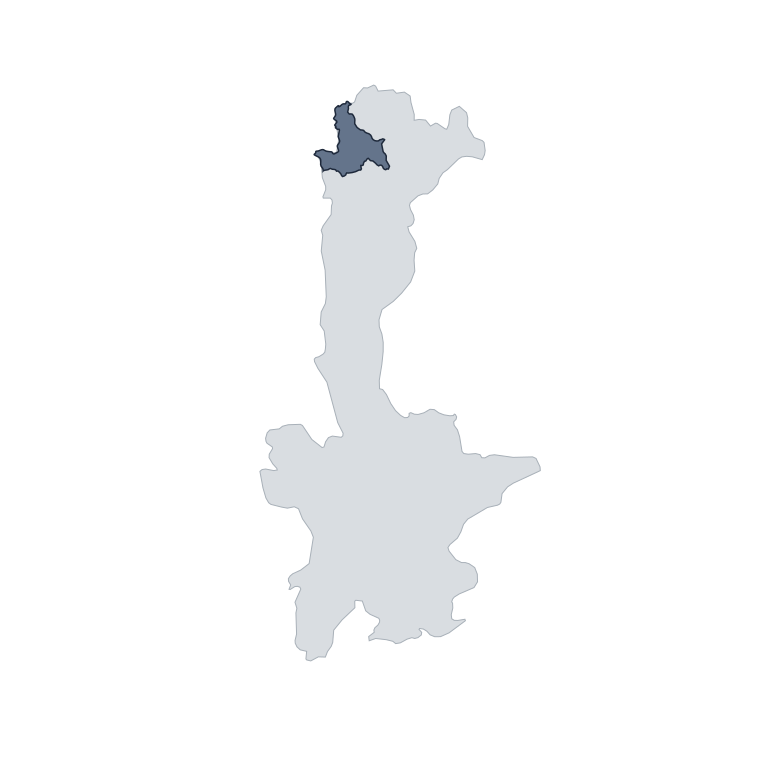 where Xékong sits in Laos, rotated 220°
{"feature_id": "LAO-3295", "entity_name": "Xékong", "entity_type": "Province", "adm_level": 1, "iso_a3": "LAO", "parent_name": "Laos", "parent_adm1": "", "projection": "orthographic", "projection_center": [107.128, 15.614], "detail": "fine", "context": "in_parent", "style": "filled", "palette": "slate", "viewbox_px": 768, "rotation_deg": 220, "n_neighbors": 0, "source": "natural_earth", "source_scale": "10m", "svg_char_len": 6197}
<svg xmlns="http://www.w3.org/2000/svg" viewBox="0 0 768 768"><g transform="rotate(220 384 384)"><path d="M287.3,130.4L290.2,136.2L304.3,152.0L306.6,156.2L311.9,159.6L315.9,173.4L317.8,174.3L320.2,173.4L322.1,171.5L323.8,166.2L324.8,165.7L326.3,170.1L330.3,171.5L332.1,173.4L332.5,176.7L331.9,180.1L328.2,187.9L325.9,198.3L339.6,221.2L345.5,224.4L359.7,228.3L369.3,233.5L373.8,232.3L378.2,226.8L383.5,223.8L393.2,219.1L396.0,218.9L401.2,220.8L409.9,226.6L422.9,237.3L422.4,240.1L420.0,242.8L412.8,246.8L410.5,249.5L411.9,250.5L417.8,251.3L424.7,253.7L426.8,256.5L427.8,262.8L429.1,264.0L435.5,263.4L437.5,264.2L439.8,266.3L442.1,271.5L441.9,275.4L435.4,282.3L434.6,286.4L431.2,291.2L422.2,299.3L419.8,299.8L403.6,295.1L390.6,295.5L389.5,297.2L391.6,302.2L392.1,307.2L390.1,310.9L382.5,315.7L382.2,317.8L383.7,320.0L394.5,324.6L428.9,348.7L444.7,353.5L451.6,356.5L453.4,358.2L453.3,360.3L451.5,362.9L449.9,367.6L449.8,370.3L451.4,373.1L454.2,377.1L463.9,386.2L471.0,388.4L478.4,398.8L480.6,407.9L484.3,413.7L502.3,433.4L517.5,445.5L526.5,458.5L530.9,461.4L532.3,466.1L533.4,479.8L538.7,486.7L539.8,489.4L542.1,491.5L544.6,491.9L550.0,487.4L551.1,488.1L553.5,495.3L555.7,497.9L563.8,502.4L572.4,511.0L577.0,514.2L582.8,516.7L583.6,519.4L582.6,522.2L580.7,524.0L570.7,529.1L569.4,531.3L576.0,542.4L592.7,556.2L597.9,564.4L596.7,568.4L592.2,576.4L588.7,578.6L587.8,581.1L590.4,587.7L590.1,597.8L586.9,600.2L584.0,606.4L581.9,606.8L576.8,604.6L566.1,615.2L561.4,614.7L556.0,620.7L549.1,621.4L544.3,617.0L534.1,609.9L530.4,605.4L527.2,609.2L521.8,612.9L514.2,611.5L512.2,616.9L510.7,617.8L501.4,618.7L499.7,619.5L501.2,624.4L506.6,632.6L508.2,637.4L504.8,645.1L495.2,644.9L490.9,641.7L485.6,635.1L473.4,630.7L465.2,633.6L462.7,633.4L456.6,627.9L454.4,624.3L453.0,619.0L462.4,614.8L467.1,611.5L470.3,608.0L471.6,604.3L473.2,589.0L474.6,583.7L473.9,577.0L471.4,571.8L471.4,564.0L472.8,557.7L476.4,554.5L478.9,550.0L480.4,539.8L479.3,537.2L475.9,534.7L470.0,532.2L466.4,529.2L464.9,525.6L465.1,522.4L466.9,519.7L462.5,516.6L452.0,513.1L446.1,509.0L444.9,504.3L440.5,498.1L433.0,490.3L429.2,479.3L428.9,464.9L430.0,453.3L433.4,439.8L429.1,430.0L424.4,424.8L417.7,420.9L411.4,415.4L405.4,408.2L398.3,397.7L390.0,383.8L384.4,377.5L381.5,378.9L375.4,377.5L366.1,373.3L358.0,371.0L351.1,370.6L346.6,371.4L344.4,373.5L344.2,375.6L345.9,377.7L345.0,379.3L341.3,380.4L338.3,382.6L334.9,387.6L332.5,394.2L329.0,396.7L323.6,397.1L318.3,398.9L313.1,402.0L310.6,404.4L310.8,406.1L309.7,406.5L307.2,405.5L306.1,403.3L306.3,399.8L303.7,397.4L298.3,396.1L292.3,392.3L280.9,382.5L278.2,382.0L274.3,384.4L269.1,389.6L265.0,391.6L261.7,390.4L259.2,392.3L257.3,397.1L253.9,400.8L237.9,410.8L223.3,423.7L219.7,424.7L211.2,420.8L208.6,418.1L221.2,391.2L223.2,384.7L223.1,375.9L218.4,368.5L218.2,366.4L219.1,364.2L225.4,355.9L233.0,334.4L232.9,327.7L230.1,320.2L228.7,313.1L230.3,303.5L229.9,299.8L226.7,297.8L216.1,295.6L209.9,297.0L206.9,299.5L203.3,301.0L196.5,301.7L190.3,298.3L185.2,292.6L184.2,285.9L191.4,271.6L193.2,266.0L193.2,263.4L192.1,260.6L190.6,260.2L187.3,256.6L184.2,250.5L181.2,247.7L178.3,248.1L175.5,250.3L170.8,255.8L169.5,255.0L174.2,235.2L178.3,226.8L182.7,223.0L187.4,221.5L192.2,222.2L196.3,221.6L199.6,219.6L199.4,218.5L195.5,218.0L194.1,215.7L195.0,211.5L196.9,208.8L199.6,207.6L202.3,203.4L205.1,196.2L208.2,192.6L211.8,192.6L217.9,189.6L226.8,183.7L230.3,177.8L233.4,180.7L231.9,187.5L233.6,189.0L234.3,191.5L233.7,195.4L234.3,198.7L235.5,200.3L237.4,201.2L246.6,198.6L252.2,198.5L261.1,203.8L266.6,200.2L266.8,198.8L262.5,193.9L264.5,176.4L264.3,163.1L257.2,153.1L255.8,149.1L255.3,142.7L253.4,137.1L258.9,132.8L262.1,124.8L265.9,122.9L267.1,123.2L271.4,129.5L277.3,126.5L281.7,126.7L285.4,128.4L287.3,130.4Z" fill="#d9dde1" stroke="#a8b0b8" stroke-width="1"/><path d="M567.6,508.1L568.0,508.6L568.7,509.2L569.6,509.8L570.4,510.0L571.2,510.2L572.1,510.4L573.6,511.4L575.8,514.2L577.1,515.4L578.8,515.9L580.4,515.7L583.7,514.9L584.8,514.8L585.1,515.1L585.0,515.8L584.9,517.0L585.2,517.7L585.6,518.1L585.6,518.7L584.9,519.5L584.1,520.3L582.5,523.2L581.6,524.2L580.8,524.6L578.5,525.0L577.5,525.4L573.4,528.1L573.0,528.2L572.4,528.1L571.9,527.8L571.3,527.7L570.6,527.8L569.9,528.5L568.5,531.8L568.4,533.0L569.1,533.9L572.3,535.8L572.9,536.5L573.1,537.3L573.4,539.9L573.7,540.8L574.2,541.7L575.2,542.4L577.4,543.6L578.2,544.2L581.3,549.8L582.0,550.3L582.4,550.1L582.8,549.5L583.3,549.1L583.8,549.1L584.9,549.4L585.3,549.3L585.6,549.0L585.9,549.1L586.2,549.8L586.4,550.3L586.6,550.5L586.9,550.5L587.4,550.3L588.2,550.7L588.3,551.9L588.3,553.4L588.5,554.4L589.6,555.1L592.2,554.7L593.2,555.0L593.4,555.5L593.6,558.0L594.0,559.1L594.7,559.8L597.3,561.8L598.1,562.8L598.5,563.6L598.5,564.5L598.1,567.4L597.9,567.8L597.5,567.9L597.3,567.6L596.9,567.4L596.4,568.0L596.2,568.5L596.0,570.5L595.7,571.7L595.1,572.6L594.7,572.9L593.9,573.6L593.6,574.0L593.7,574.6L594.2,575.7L594.2,576.4L593.5,577.0L592.6,577.1L591.0,576.8L590.1,576.9L589.1,577.2L589.1,576.4L590.1,574.7L589.5,573.3L588.3,572.2L586.6,568.9L584.1,568.5L583.0,569.6L581.8,570.3L580.0,569.9L578.2,569.1L576.8,568.3L575.7,567.1L574.7,565.7L573.6,564.5L569.5,563.2L565.4,563.5L564.0,564.5L562.6,565.2L560.9,564.8L559.6,564.9L558.4,565.2L556.5,566.0L554.4,566.1L552.8,565.6L551.2,564.6L549.4,564.2L547.5,564.5L545.9,565.4L544.7,566.5L544.4,567.3L544.3,568.1L543.8,568.9L543.2,569.6L542.5,571.0L541.2,571.5L540.8,571.6L540.5,571.5L540.2,566.4L534.1,561.5L532.8,561.1L530.8,561.0L528.8,560.1L526.1,556.7L523.1,555.6L519.8,554.4L518.8,551.5L519.5,551.0L520.1,550.8L520.4,549.3L521.8,548.7L523.4,548.9L524.8,549.7L526.4,550.0L527.7,549.2L528.3,547.7L530.3,547.4L532.4,547.7L535.9,547.7L538.0,546.4L541.0,546.8L541.6,546.0L541.5,544.6L541.4,543.9L541.3,543.1L541.8,542.4L542.1,542.1L541.7,540.1L540.7,538.5L541.3,537.2L542.2,536.5L541.0,535.3L539.6,534.3L539.4,532.9L540.7,531.8L542.2,528.5L544.3,525.5L547.0,522.6L547.7,522.1L548.3,521.6L548.1,520.6L547.7,519.7L548.1,517.9L549.1,516.3L550.5,516.4L551.8,517.1L553.8,517.5L555.9,517.6L556.7,517.1L557.2,516.5L558.8,517.0L560.2,516.3L561.6,515.3L563.7,514.6L564.2,513.6L564.5,512.4L565.6,511.0L566.7,509.8L567.6,508.3L567.6,508.1L567.6,508.1Z" fill="#64748b" stroke="#1e293b" stroke-width="1.5"/></g></svg>